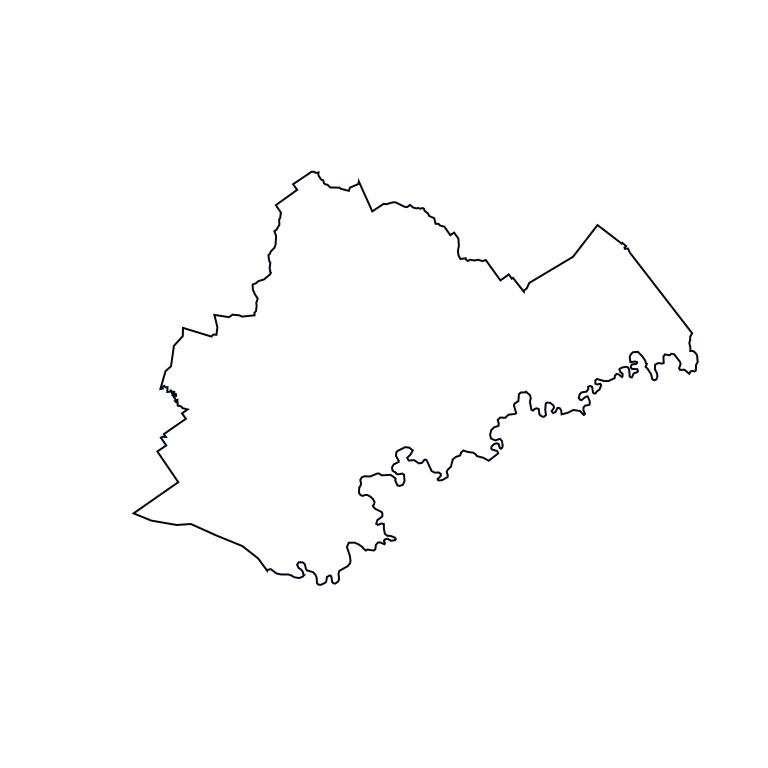 the district of Wodonga, Victoria, Australia, rotated 136°
{"feature_id": "25037944B99055337236234", "entity_name": "Wodonga", "entity_type": "district", "adm_level": 2, "iso_a3": "AUS", "parent_name": "Australia", "parent_adm1": "Victoria", "projection": "orthographic", "projection_center": [146.883, -36.145], "detail": "fine", "context": "isolated", "style": "outline", "palette": "ink", "viewbox_px": 768, "rotation_deg": 136, "n_neighbors": 0, "source": "geoboundaries", "source_scale": "gbopen_adm2", "svg_char_len": 6166}
<svg xmlns="http://www.w3.org/2000/svg" viewBox="0 0 768 768"><g transform="rotate(136 384 384)"><path d="M282.6,245.6L280.1,244.7L276.1,246.3L275.0,245.7L274.4,244.5L274.9,241.9L277.3,238.8L271.7,235.6L265.8,233.8L261.8,228.4L261.8,223.0L260.7,222.6L260.1,223.0L258.9,226.4L256.9,228.5L254.4,228.7L250.8,226.4L249.5,226.9L247.9,228.9L246.1,233.7L248.1,234.7L253.0,235.2L253.8,236.0L253.7,238.6L250.3,240.7L247.6,240.7L243.8,237.9L240.7,238.3L239.2,240.2L236.9,239.3L236.3,237.4L239.6,232.6L239.3,230.9L238.1,230.3L236.1,230.8L232.8,230.3L228.6,232.3L228.3,234.0L230.9,235.5L231.8,237.3L229.5,239.8L227.4,239.7L223.3,232.8L220.4,230.2L214.0,228.0L212.1,229.6L209.6,229.7L208.6,228.0L208.0,223.7L206.9,223.9L205.3,225.6L205.6,228.7L204.4,231.1L201.7,230.7L197.9,228.2L197.0,226.6L197.6,224.1L202.0,218.8L202.0,217.5L200.9,216.5L197.1,218.2L193.4,216.5L192.4,216.8L191.5,218.7L195.2,222.7L194.9,224.7L192.3,226.0L188.7,223.3L187.1,223.4L186.8,224.1L187.5,225.4L191.5,228.7L188.4,232.8L185.9,233.9L182.8,233.9L179.0,230.7L179.0,224.4L179.8,219.4L181.2,217.0L180.9,215.9L183.9,214.6L183.8,211.8L185.1,205.5L187.7,201.1L187.0,198.9L184.9,198.1L181.9,199.6L180.1,202.4L179.0,206.2L175.7,209.5L172.4,208.7L169.4,205.2L168.2,204.8L164.1,209.5L161.5,210.2L158.5,206.2L156.3,206.1L154.6,203.9L155.7,194.1L156.7,192.4L161.0,190.2L161.2,188.4L158.0,185.6L157.3,179.3L154.7,180.1L153.1,179.2L151.9,177.3L150.3,177.1L146.3,181.0L143.1,181.9L139.3,186.6L138.5,188.6L138.4,191.0L138.8,193.1L140.7,195.0L138.4,197.3L135.8,201.5L133.1,203.0L131.0,205.3L127.1,206.4L115.9,307.6L114.4,311.9L116.8,313.9L116.3,315.0L114.0,315.1L114.6,320.0L115.5,319.9L120.0,350.0L159.7,344.2L209.3,355.8L215.0,353.6L218.0,354.0L219.3,353.1L217.5,370.8L218.9,371.0L218.1,376.1L228.3,377.6L224.7,402.5L227.8,404.0L230.0,408.0L233.3,410.2L235.7,413.6L238.3,414.4L238.6,416.8L237.9,417.7L242.2,420.8L241.1,424.7L238.4,428.4L234.3,431.2L229.5,436.9L228.4,444.2L232.9,445.0L231.3,455.4L233.6,459.0L233.5,461.1L235.6,463.5L232.7,468.3L234.8,473.5L233.9,476.1L234.5,480.5L233.5,482.2L234.0,483.8L236.0,484.7L237.1,486.8L238.8,487.9L240.4,490.6L240.9,494.8L244.5,495.2L246.0,497.0L249.5,506.6L251.4,508.5L257.7,511.9L259.0,513.8L272.5,516.3L261.4,547.2L263.5,545.6L272.0,548.9L275.1,547.4L279.5,554.5L279.5,556.0L286.2,562.8L286.2,566.4L287.6,568.6L287.7,570.2L286.3,572.7L287.2,574.8L286.4,579.0L285.2,581.2L284.2,581.6L286.7,583.5L286.6,584.9L288.5,586.9L310.6,590.9L311.6,584.0L337.6,587.8L339.0,579.1L343.1,575.7L345.2,575.1L348.7,571.2L354.4,569.6L356.7,570.1L358.8,565.4L365.5,559.3L368.3,558.1L373.3,558.0L375.7,556.9L377.7,556.9L381.0,552.4L381.6,550.1L385.8,546.8L386.9,544.7L387.9,544.1L388.1,542.5L390.2,542.0L397.8,542.6L402.8,545.2L406.0,545.4L409.4,546.8L412.7,543.1L414.6,538.0L415.5,533.2L419.6,531.0L421.4,528.6L425.4,525.4L427.8,525.2L429.4,523.3L439.3,531.1L440.3,533.8L444.7,539.0L449.1,539.8L458.0,551.5L464.4,540.6L470.3,535.8L472.4,538.1L475.2,538.0L489.6,564.0L495.5,558.2L508.6,557.4L524.9,544.7L532.3,545.0L548.3,535.7L546.3,534.4L545.8,535.8L543.4,535.3L543.5,533.5L542.0,532.1L545.4,528.8L543.4,527.2L541.9,527.4L542.8,524.7L541.1,525.1L540.5,524.1L544.0,522.9L543.8,521.7L541.4,522.3L540.7,521.7L540.8,520.8L542.0,519.8L543.2,520.7L544.5,520.1L544.3,519.0L545.0,517.4L543.7,516.2L544.4,515.9L546.2,516.8L546.2,515.4L544.9,514.6L547.1,512.2L547.3,511.2L546.0,510.1L545.4,507.7L545.8,506.8L542.9,502.1L549.7,503.2L550.7,496.6L577.1,500.9L577.7,497.4L580.1,500.0L581.8,500.4L583.3,491.1L593.9,492.9L600.2,456.3L654.0,464.9L646.3,447.4L630.9,426.4L620.2,417.5L610.0,391.9L598.5,365.9L595.7,346.0L597.8,330.6L596.4,331.0L594.0,329.4L593.0,322.5L590.3,318.4L585.1,313.4L583.7,310.8L582.9,307.5L579.9,303.4L576.5,301.9L574.5,302.0L574.9,302.4L573.4,304.1L572.7,306.0L572.6,308.3L573.2,311.2L572.1,314.3L569.1,315.0L566.4,312.1L566.1,309.4L568.6,305.2L568.9,303.4L565.8,298.0L565.8,294.4L566.9,291.6L570.6,287.2L570.6,285.2L568.8,283.3L564.1,281.8L562.7,282.1L559.1,284.8L556.1,284.0L555.5,283.2L555.8,281.9L558.9,277.4L558.8,275.7L557.7,274.3L554.4,273.8L552.1,274.6L548.4,279.2L545.8,280.6L536.9,278.2L532.9,278.6L530.8,280.2L528.0,284.0L523.9,292.5L519.6,294.3L515.4,290.3L513.9,287.0L512.8,282.0L513.1,278.8L512.7,276.8L511.0,276.5L507.0,271.3L505.2,271.1L501.5,273.9L498.3,274.1L496.9,272.9L495.0,268.4L494.0,268.8L493.0,271.2L491.3,271.6L488.9,270.1L487.9,266.4L484.6,264.0L483.3,264.2L482.9,266.0L484.7,270.0L487.1,272.6L487.4,275.7L484.6,280.0L481.4,283.3L482.9,285.6L486.2,286.8L486.7,288.9L483.3,290.7L477.3,289.9L475.3,291.7L474.6,293.5L477.0,300.2L477.0,303.1L476.5,304.2L475.0,304.2L472.8,305.6L471.9,309.0L472.0,312.2L473.0,315.7L474.8,317.4L477.1,318.3L478.0,320.4L477.7,322.9L473.9,326.6L470.9,327.4L469.5,328.5L467.8,331.4L464.9,332.3L462.3,331.3L458.2,327.1L450.7,324.1L449.7,322.8L449.1,319.9L442.3,314.0L441.3,308.0L443.1,306.6L444.8,301.6L443.3,299.7L440.3,298.4L436.4,300.1L432.6,305.0L433.0,306.8L436.9,309.4L437.5,310.8L437.1,312.0L438.1,315.6L436.3,318.4L432.8,319.4L427.6,317.7L426.8,318.5L425.3,324.1L422.6,326.3L420.6,326.4L412.6,323.8L410.1,320.8L409.4,316.2L413.9,314.8L418.6,314.8L419.4,311.8L415.2,308.3L414.0,302.6L411.4,300.9L407.4,301.4L406.2,299.8L410.2,288.4L409.2,285.1L406.0,282.2L405.6,279.9L407.2,278.4L411.4,278.4L411.9,277.7L411.4,276.3L408.8,274.4L403.0,272.9L401.6,273.9L399.9,277.3L397.5,278.1L393.4,278.0L386.9,282.0L383.2,281.7L378.9,279.7L376.0,281.1L373.1,281.0L370.8,276.7L367.6,272.7L366.9,269.7L367.2,267.5L363.8,261.9L362.0,256.1L350.1,254.7L349.1,257.1L351.9,261.9L351.6,263.3L349.9,264.3L346.5,264.3L343.8,262.8L343.3,260.9L345.1,257.7L344.9,256.2L343.2,256.1L341.3,257.3L338.8,261.1L338.6,263.9L343.2,266.2L344.8,270.3L343.1,273.7L339.0,276.3L335.0,276.4L330.8,274.4L329.1,275.6L327.2,279.1L323.8,279.2L320.3,275.5L315.7,275.4L310.5,271.4L309.2,271.2L305.5,278.2L303.9,279.2L299.2,278.4L293.9,283.0L291.4,282.8L288.4,280.0L287.2,279.8L286.8,274.5L288.3,271.8L291.3,270.0L295.9,263.0L295.2,261.3L292.9,261.4L291.1,260.5L290.1,258.5L293.4,254.0L293.0,251.0L291.8,249.3L289.1,249.1L285.8,253.6L281.2,257.6L280.1,257.7L277.6,255.2L276.9,251.0L278.2,248.8L282.3,248.0L282.6,245.6Z" fill="none" stroke="#020617" stroke-width="2"/></g></svg>